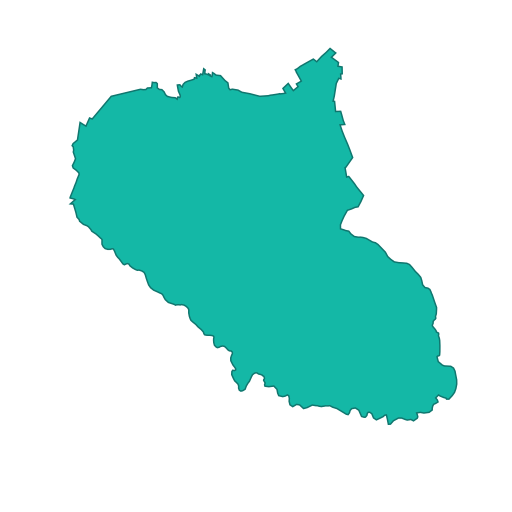 the district of Tepatlaxco, Veracruz, Mexico, rotated 168°
{"feature_id": "50627088B46485171339687", "entity_name": "Tepatlaxco", "entity_type": "district", "adm_level": 2, "iso_a3": "MEX", "parent_name": "Mexico", "parent_adm1": "Veracruz", "projection": "robinson", "projection_center": [-96.855, 19.048], "detail": "fine", "context": "isolated", "style": "filled", "palette": "teal", "viewbox_px": 512, "rotation_deg": 168, "n_neighbors": 0, "source": "geoboundaries", "source_scale": "gbopen_adm2", "svg_char_len": 6021}
<svg xmlns="http://www.w3.org/2000/svg" viewBox="0 0 512 512"><g transform="rotate(168 256 256)"><path d="M387.7,424.1L390.1,425.6L395.3,418.4L397.7,420.6L400.3,423.2L406.5,406.6L411.5,404.0L412.9,402.1L412.1,401.0L412.3,397.5L413.1,395.7L412.7,392.3L412.3,388.7L414.2,385.8L416.8,382.5L416.5,380.1L414.1,377.4L412.0,374.2L412.0,372.7L415.0,368.3L416.6,365.5L419.2,361.7L419.6,360.9L425.6,352.0L425.8,351.4L425.6,351.3L422.5,349.8L421.1,348.8L426.7,345.6L423.8,344.7L423.4,339.9L423.1,336.0L423.0,331.1L421.4,328.4L421.3,326.7L418.2,322.8L415.1,320.8L413.8,319.5L412.0,316.2L411.5,314.5L410.1,313.0L408.0,310.9L406.1,308.4L404.4,305.9L403.6,304.9L403.2,304.1L403.7,301.9L404.2,299.5L403.5,296.9L402.0,294.6L399.5,293.3L397.1,292.8L395.2,293.0L394.0,292.4L393.4,290.3L392.6,285.8L391.5,283.4L390.4,281.7L388.9,278.4L387.8,275.9L386.6,274.8L384.4,275.3L383.2,275.3L381.9,274.4L381.4,272.7L379.2,270.0L376.8,267.9L375.0,266.7L373.4,266.6L370.9,265.2L368.9,263.3L368.2,260.8L367.9,256.7L367.5,253.4L367.0,250.0L365.7,246.9L363.2,243.9L359.5,241.2L357.7,239.8L356.1,238.7L355.1,236.9L354.6,234.7L353.8,232.2L351.4,228.8L346.4,225.9L344.8,224.6L344.1,224.8L342.1,224.5L340.2,223.9L339.0,224.0L336.7,223.0L335.1,221.6L333.8,219.9L333.1,218.5L333.0,217.0L333.6,214.3L333.7,210.8L333.4,208.3L333.0,206.6L331.4,204.4L329.1,201.6L327.5,198.8L324.9,195.5L323.3,192.7L323.1,190.9L322.7,189.7L321.3,189.0L319.6,188.5L317.0,187.9L315.2,187.2L314.2,186.4L314.0,185.3L314.6,184.0L315.0,182.3L315.3,180.1L315.2,177.4L314.1,175.5L312.9,174.4L311.1,174.4L309.5,174.9L307.2,174.9L305.6,174.1L304.2,172.2L302.9,169.9L301.8,168.8L300.0,168.2L299.2,167.0L299.3,165.9L299.6,165.0L300.4,164.1L301.9,161.5L302.4,158.8L301.2,154.2L299.9,151.5L299.3,149.8L299.6,148.8L301.0,148.4L302.5,149.1L303.6,148.0L304.4,145.0L303.6,141.2L302.8,138.3L301.4,136.3L300.2,134.3L300.0,132.4L300.5,130.3L300.2,128.2L298.9,127.0L297.1,127.0L294.4,127.9L292.5,130.9L290.3,133.3L288.5,134.8L287.5,136.2L285.6,138.8L284.1,140.6L282.0,141.6L280.3,141.8L279.2,141.3L278.1,140.1L276.0,139.1L274.7,138.2L274.4,137.5L273.5,136.9L273.2,136.0L273.2,134.5L273.5,133.9L274.1,133.5L274.4,132.7L274.0,131.6L273.7,130.7L273.5,129.9L274.4,128.2L274.3,126.8L270.6,125.5L265.6,125.1L263.2,121.2L263.3,117.4L262.8,114.7L259.1,112.9L256.7,112.9L254.1,113.6L253.0,112.3L253.0,109.8L253.8,106.9L253.7,103.4L251.4,101.0L247.2,102.4L244.3,101.3L241.2,96.9L237.5,97.1L231.9,98.5L228.6,97.2L227.0,96.8L225.4,95.9L223.2,95.1L222.3,95.1L221.6,95.1L220.8,95.0L220.0,95.0L219.2,95.0L218.4,94.8L217.6,94.6L217.0,94.5L215.9,94.3L215.2,94.3L214.7,94.1L212.5,92.2L208.6,90.0L204.1,85.8L200.6,82.5L198.9,81.7L197.2,83.2L196.1,85.3L194.2,86.8L190.4,86.7L187.5,83.8L186.1,77.1L183.7,75.8L182.6,75.6L182.1,75.9L180.7,77.0L179.8,79.0L178.7,79.8L178.2,79.6L177.2,79.5L175.5,77.6L174.7,73.2L172.3,70.7L168.0,71.7L164.9,72.5L164.0,73.1L163.1,73.5L161.5,73.4L161.4,68.6L161.5,63.9L159.4,63.6L155.8,66.3L150.3,67.9L147.2,67.2L144.2,65.2L142.2,64.1L138.5,63.9L136.2,62.0L132.0,63.8L131.2,65.0L131.2,66.7L131.5,69.1L127.8,68.9L124.4,67.5L119.2,67.1L115.7,68.7L115.2,70.7L114.1,72.9L112.8,74.1L111.1,74.4L108.3,75.4L108.6,77.6L109.8,79.8L107.6,81.3L106.3,82.1L105.2,80.9L101.7,78.5L99.7,77.5L99.4,76.4L97.0,75.9L93.0,78.7L90.2,81.3L88.1,84.7L86.3,89.0L85.5,93.1L85.4,98.4L85.3,102.0L86.1,105.3L88.4,107.6L94.6,109.3L96.4,110.5L99.7,114.8L99.8,116.9L99.9,119.8L99.4,120.3L97.7,120.4L97.0,120.9L96.1,124.1L94.8,130.0L93.9,135.2L93.8,137.5L94.1,139.7L94.0,140.5L93.5,141.6L93.5,142.7L94.4,143.4L95.3,144.1L95.4,145.4L95.9,146.8L97.8,150.4L98.0,151.3L97.7,152.0L96.8,153.3L96.3,155.2L95.0,156.3L93.7,157.0L93.1,157.7L93.0,159.6L92.6,160.3L91.7,161.9L90.5,166.3L90.1,168.1L90.8,173.3L91.7,181.2L92.2,183.3L92.3,184.5L92.9,187.1L94.5,188.8L97.3,190.0L99.0,193.2L99.0,197.5L99.3,200.8L101.1,204.3L103.4,207.8L105.7,212.4L107.6,215.7L110.0,217.5L113.5,218.6L117.8,219.8L122.0,221.5L124.9,224.7L127.3,228.1L128.7,232.9L131.0,236.6L134.3,241.9L136.4,244.1L139.2,245.5L144.5,250.3L147.6,251.9L149.9,252.7L152.0,253.1L155.8,254.6L158.6,257.9L160.1,261.0L163.1,262.3L164.8,263.4L167.7,265.0L166.9,269.0L164.4,272.8L161.5,276.7L157.1,281.7L152.8,282.2L149.0,283.0L145.9,282.9L142.1,287.4L138.2,292.8L142.3,300.8L143.3,302.8L144.6,306.1L148.2,313.5L148.8,314.5L150.9,314.4L150.6,322.0L150.5,323.9L149.7,324.1L141.0,332.2L141.7,337.0L142.2,340.5L143.2,346.5L144.5,352.9L144.6,353.3L145.8,360.5L146.5,366.8L141.8,366.2L142.5,370.3L142.8,375.9L143.1,379.9L148.1,380.8L147.0,390.9L148.4,391.4L146.2,396.1L141.6,408.1L138.1,412.6L136.1,411.5L135.8,413.3L135.4,416.4L133.8,416.3L132.5,423.0L136.4,424.6L135.1,428.1L136.9,430.2L138.6,432.1L140.9,434.7L135.8,438.0L136.0,438.2L140.4,443.6L145.3,440.4L150.3,437.6L156.2,433.4L159.0,436.7L166.5,434.4L173.2,432.3L175.6,431.1L177.0,430.5L178.9,430.0L178.3,428.2L178.4,427.8L176.8,422.6L175.3,417.7L175.7,417.5L180.7,415.9L179.6,412.9L185.1,410.0L186.5,413.1L188.6,418.1L194.8,414.3L193.2,409.2L195.0,409.2L198.7,409.5L198.9,409.8L200.8,409.8L206.5,410.1L208.5,410.3L210.4,410.2L210.7,410.2L219.1,411.4L228.3,416.0L235.8,419.1L239.1,422.0L244.5,424.1L246.8,424.0L247.8,425.8L247.5,431.2L249.9,434.1L253.2,439.8L257.4,441.2L259.2,443.3L260.4,444.4L261.3,441.7L261.9,440.6L263.4,441.7L263.0,442.5L264.5,444.0L264.7,443.0L266.2,444.0L267.0,444.4L268.2,444.9L267.6,447.0L267.4,447.7L267.0,448.5L268.2,450.0L270.5,444.4L272.2,445.5L272.6,444.9L273.5,444.7L274.0,443.6L276.7,446.1L277.0,442.3L279.1,443.2L279.5,442.3L279.8,441.8L283.3,441.4L286.4,441.2L289.2,440.6L291.6,439.0L293.0,436.6L293.8,437.4L294.7,439.1L295.3,439.4L297.4,439.6L297.5,438.1L297.6,433.3L296.8,429.4L296.8,428.1L297.3,427.2L297.6,426.9L299.3,427.8L299.6,427.4L300.0,427.0L300.5,425.8L302.1,427.6L305.5,428.6L307.7,429.6L308.5,430.1L309.4,430.4L311.0,432.6L311.8,435.7L313.5,438.3L315.9,439.0L317.6,441.0L317.2,442.7L316.7,445.1L317.7,446.5L319.7,446.8L321.3,447.5L322.2,444.9L323.3,442.3L327.3,442.9L329.1,441.7L331.6,442.1L334.3,443.1L364.4,442.3L387.7,424.1Z" fill="#14b8a6" stroke="#0f766e" stroke-width="1.5"/></g></svg>